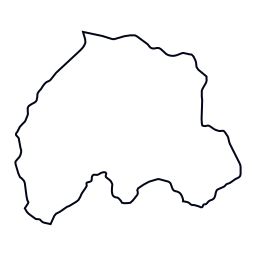 outline of Lop Buri
{"feature_id": "THA-408", "entity_name": "Lop Buri", "entity_type": "Province", "adm_level": 1, "iso_a3": "THA", "parent_name": "Thailand", "parent_adm1": "", "projection": "orthographic", "projection_center": [100.946, 15.077], "detail": "fine", "context": "isolated", "style": "outline", "palette": "ink", "viewbox_px": 256, "rotation_deg": 0, "n_neighbors": 0, "source": "natural_earth", "source_scale": "10m", "svg_char_len": 3564}
<svg xmlns="http://www.w3.org/2000/svg" viewBox="0 0 256 256"><path d="M206.5,76.5L206.6,80.6L206.1,82.6L202.7,88.5L201.8,90.7L201.8,96.5L202.2,100.2L201.6,118.7L201.8,123.0L202.3,125.5L203.1,125.8L204.0,126.0L204.9,126.1L205.8,126.0L207.5,125.6L208.3,125.6L209.0,125.8L209.7,126.1L214.7,129.5L217.9,130.7L219.6,131.0L220.6,131.0L222.3,130.8L223.1,130.8L223.8,131.0L224.3,131.5L225.5,133.0L227.6,136.2L228.4,138.3L229.0,141.2L229.8,143.8L239.6,163.3L240.3,165.1L240.6,166.9L240.6,173.8L240.4,175.0L240.1,176.0L239.6,176.6L239.1,177.1L238.5,177.6L237.1,178.3L235.7,178.9L230.1,182.8L228.7,183.4L227.1,183.9L226.4,184.3L225.9,184.8L224.4,186.4L223.7,186.8L218.0,189.3L217.4,189.7L216.8,190.2L216.3,191.2L215.8,192.7L215.2,195.6L214.7,197.0L214.2,198.0L213.7,198.6L213.1,199.1L212.5,199.5L209.6,200.7L209.0,201.1L208.4,201.6L207.4,202.7L206.9,203.3L206.3,203.8L205.7,204.2L204.1,204.4L203.5,204.7L203.1,205.4L202.5,206.8L201.9,207.2L201.1,207.3L200.4,207.1L198.9,206.4L194.8,205.2L192.0,204.9L191.2,204.7L190.6,204.3L188.8,202.7L188.6,202.6L187.4,202.1L185.0,201.6L183.0,201.3L183.1,200.0L182.8,198.5L181.6,195.5L180.8,194.2L179.9,193.1L178.6,192.2L177.2,191.6L175.5,191.2L174.7,190.9L174.0,190.6L173.4,190.1L173.0,189.5L172.5,188.8L170.6,183.5L170.1,182.9L169.6,182.4L169.0,182.0L168.3,181.6L159.0,179.1L157.4,179.2L149.0,181.7L143.5,184.7L138.3,188.2L137.6,189.3L137.3,190.3L137.6,191.1L137.8,192.8L137.7,193.7L137.5,194.4L137.1,195.1L132.9,200.4L130.3,202.8L127.8,203.1L124.1,203.2L121.9,202.7L121.1,201.2L120.7,200.6L118.7,198.4L118.1,198.0L117.4,197.6L115.6,197.3L114.9,197.1L114.2,196.7L113.6,196.3L113.1,195.7L112.7,195.1L112.4,194.4L111.9,191.7L111.9,190.8L112.0,187.1L112.2,185.9L112.3,185.1L112.2,184.1L112.0,183.4L111.6,182.7L110.9,181.3L110.4,180.8L109.9,180.2L106.3,177.4L105.9,176.9L105.7,176.2L105.8,175.4L106.2,173.9L106.1,173.2L105.7,172.6L104.9,172.3L103.9,172.2L102.7,172.4L100.9,173.0L98.4,174.5L97.7,174.7L96.9,174.9L94.1,174.7L93.3,174.9L92.7,175.5L92.1,176.3L91.8,177.9L91.7,180.0L91.3,180.9L90.5,181.5L89.1,182.0L88.0,182.2L87.0,182.6L86.5,183.1L86.5,184.1L86.6,185.0L86.7,185.9L86.1,187.1L81.7,193.6L80.1,197.2L78.5,199.9L77.5,200.8L75.9,202.0L69.4,205.9L66.9,206.9L59.7,211.9L56.1,213.7L54.3,215.9L50.6,224.1L43.8,222.6L42.5,222.0L41.0,220.7L40.3,219.8L39.2,219.3L35.8,219.0L33.3,217.2L29.1,214.1L27.1,212.2L24.8,208.3L27.9,203.6L28.4,202.3L27.9,201.2L27.4,200.5L26.5,196.2L24.8,183.0L24.4,181.9L24.2,181.4L23.7,180.5L23.3,180.1L22.0,178.7L21.3,178.0L20.2,177.4L19.4,175.9L18.3,173.3L15.6,164.2L15.4,162.2L15.6,161.5L16.5,160.3L19.4,157.0L20.5,154.8L21.1,152.4L21.2,151.0L21.1,149.9L20.6,148.4L18.7,138.2L18.3,137.6L16.1,135.2L16.0,134.1L16.1,133.4L17.4,131.7L19.8,126.9L23.3,123.1L24.1,122.4L24.8,121.7L25.5,120.5L27.8,114.7L27.9,113.8L27.7,109.1L27.7,108.2L28.0,107.3L28.5,106.4L29.4,105.5L32.3,103.7L33.9,102.9L34.6,102.5L35.7,101.6L36.3,100.9L36.7,99.9L37.3,97.0L37.3,95.9L37.5,94.0L37.7,93.2L39.2,91.0L41.0,89.1L43.1,85.7L44.6,83.8L46.5,82.1L49.3,80.8L50.0,80.3L50.9,79.4L56.1,72.8L80.4,50.2L82.8,47.6L84.0,45.8L85.1,43.5L85.4,42.5L85.2,39.5L83.0,31.9L102.4,36.0L112.0,39.0L113.0,39.1L113.9,39.2L114.8,39.0L124.4,36.2L130.6,35.3L134.5,35.3L135.3,35.5L137.0,36.4L147.6,44.2L149.5,46.6L150.5,47.6L151.2,48.0L152.3,48.4L154.0,48.5L157.0,48.0L158.7,48.0L159.8,48.5L161.1,49.3L166.2,54.0L167.3,54.6L168.6,55.2L171.3,55.8L174.2,55.8L176.7,55.2L182.0,53.2L182.7,53.0L183.6,53.0L189.3,54.3L191.4,54.5L192.4,55.3L193.6,56.7L195.4,60.4L196.0,62.3L196.2,63.9L196.5,66.9L198.3,69.7L206.5,76.5Z" fill="none" stroke="#020617" stroke-width="2"/></svg>